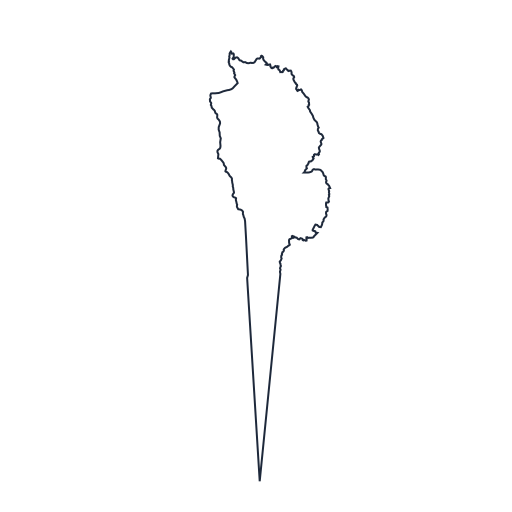 Runyenjes, Eastern, Kenya (orthographic projection), rotated 226°
{"feature_id": "3690345B92144089270932", "entity_name": "Runyenjes", "entity_type": "district", "adm_level": 2, "iso_a3": "KEN", "parent_name": "Kenya", "parent_adm1": "Eastern", "projection": "orthographic", "projection_center": [37.591, -0.339], "detail": "fine", "context": "isolated", "style": "outline", "palette": "slate", "viewbox_px": 512, "rotation_deg": 226, "n_neighbors": 0, "source": "geoboundaries", "source_scale": "gbopen_adm2", "svg_char_len": 6165}
<svg xmlns="http://www.w3.org/2000/svg" viewBox="0 0 512 512"><g transform="rotate(226 256 256)"><path d="M327.9,399.3L329.7,400.8L330.4,400.8L330.9,401.1L331.9,402.8L332.9,403.2L334.4,403.2L335.0,402.7L336.7,402.6L339.7,403.1L341.9,403.2L342.7,403.7L343.7,404.1L344.6,404.1L344.9,403.0L345.4,402.2L346.0,402.0L345.7,401.4L345.8,400.6L346.5,400.5L347.2,400.8L348.3,400.9L348.9,401.6L349.3,402.7L349.7,403.1L349.9,404.0L350.7,404.5L352.0,404.3L352.7,404.7L353.5,404.5L356.1,405.2L356.9,405.5L357.5,405.9L357.9,406.4L357.9,407.0L358.1,407.7L358.8,408.1L359.6,408.2L360.3,407.9L361.7,407.9L362.4,408.1L362.9,408.8L364.2,409.6L365.2,409.8L365.9,409.1L366.3,408.0L367.2,407.7L367.9,408.0L368.6,407.7L370.3,407.8L370.8,406.5L370.9,405.7L370.4,405.4L370.2,404.7L370.4,404.0L369.8,403.0L370.1,402.4L370.9,401.9L371.4,401.2L372.4,401.7L373.3,402.0L374.6,401.7L375.3,402.1L376.0,402.7L376.8,403.9L377.4,403.5L377.0,402.9L377.4,402.1L378.3,402.4L379.0,402.2L379.3,401.3L379.2,399.4L379.8,399.1L379.8,398.1L380.4,397.7L382.3,398.0L382.9,398.6L384.0,399.2L384.9,398.1L385.0,397.4L385.9,396.6L386.9,396.0L387.0,397.6L387.8,397.8L389.7,397.5L392.0,397.7L393.0,398.2L393.9,399.2L395.4,399.4L396.2,399.1L396.3,398.4L395.5,398.0L395.6,397.1L395.5,395.7L396.1,395.2L397.1,394.2L397.3,393.3L396.4,389.6L396.7,388.3L397.8,387.0L398.6,386.6L399.3,385.5L399.6,384.9L400.2,384.2L401.5,383.3L402.7,383.1L403.4,382.4L404.1,381.5L407.2,380.9L407.8,380.3L408.8,380.2L410.3,380.6L411.2,380.6L412.0,380.4L412.4,379.9L412.8,379.3L412.9,378.5L412.9,376.8L413.4,376.2L414.2,376.2L414.6,377.8L414.8,378.4L416.6,380.2L417.4,380.4L418.3,379.2L419.1,379.5L419.8,379.9L420.6,380.0L420.4,378.9L420.0,377.7L419.0,376.8L418.0,375.2L417.2,374.8L415.7,372.4L414.8,371.8L414.6,371.1L413.9,370.7L413.2,370.6L412.6,370.0L411.2,369.4L409.4,369.4L408.6,369.9L406.6,369.8L405.4,369.6L404.8,368.5L403.8,368.2L403.0,367.9L402.7,367.2L400.6,366.7L400.1,365.3L399.7,364.7L398.9,364.5L396.5,364.3L395.8,363.9L395.0,363.8L393.1,362.9L393.0,358.6L392.8,355.8L393.1,354.2L394.1,352.0L395.2,350.5L397.3,346.7L398.1,344.7L399.1,342.5L401.5,339.5L403.5,337.4L404.1,336.5L403.4,334.9L402.8,334.4L401.4,333.6L401.0,333.0L401.0,332.2L400.5,331.4L399.6,330.8L399.1,330.3L397.3,330.1L396.7,329.6L396.4,328.9L396.0,328.4L394.9,328.2L393.4,327.2L391.9,327.2L391.2,327.1L390.3,327.3L389.2,327.2L387.2,326.2L386.4,326.2L385.5,326.5L384.4,326.2L382.7,324.3L381.6,323.8L380.0,323.9L378.0,323.5L377.4,323.2L376.3,322.2L374.6,318.7L373.4,317.5L372.8,316.9L370.2,315.7L367.6,313.4L365.1,312.4L362.8,309.3L359.8,306.9L358.7,305.5L358.4,304.5L358.7,302.4L358.4,301.3L357.8,300.7L357.2,300.3L355.4,299.7L352.7,296.5L351.9,296.8L351.1,297.6L350.3,297.7L348.9,297.7L345.8,297.4L345.0,297.1L343.8,296.2L340.8,296.0L340.1,295.7L339.6,295.3L338.6,293.4L338.1,292.8L337.4,292.9L336.6,293.4L335.5,293.5L333.8,293.3L332.3,292.8L331.5,292.7L329.7,292.8L328.5,292.5L327.8,291.9L327.3,291.3L326.7,291.0L325.3,289.9L323.1,288.6L322.2,287.6L321.1,287.1L320.4,286.6L319.9,286.1L317.4,284.6L316.8,284.1L316.6,282.8L316.4,282.0L315.7,281.0L315.0,280.8L314.0,280.8L313.2,281.1L312.2,281.7L311.4,281.8L310.3,280.4L308.3,279.3L307.1,278.5L306.0,278.1L305.2,276.9L304.5,276.4L302.0,275.7L300.1,277.1L299.2,277.4L298.1,277.6L296.7,277.3L296.1,276.5L295.1,275.6L294.4,275.4L292.7,274.4L290.8,273.8L288.6,272.3L276.4,261.8L247.9,237.0L246.4,234.4L91.4,102.2L226.2,261.1L227.5,261.9L228.3,262.6L228.6,263.4L229.3,264.3L230.3,264.6L230.9,265.4L231.5,267.0L232.5,267.4L233.6,268.3L234.4,268.4L235.5,269.2L235.6,270.8L236.4,272.7L237.3,273.0L238.5,274.2L238.7,274.9L238.8,275.6L239.5,276.0L239.8,276.7L240.4,277.5L240.2,278.4L240.3,279.2L240.8,280.1L241.4,280.4L241.6,281.0L241.7,282.6L241.5,283.4L241.2,284.0L241.0,284.8L240.9,286.7L240.6,287.3L240.6,288.1L242.4,288.9L244.5,290.8L244.8,291.8L244.3,292.9L244.0,294.1L244.0,295.0L244.7,295.1L245.3,295.5L245.2,296.1L243.5,296.9L242.9,296.1L242.5,297.1L241.8,297.3L241.0,298.0L239.1,298.0L238.4,298.3L237.8,298.8L238.0,299.7L237.9,300.4L236.4,301.2L235.4,301.2L235.0,300.7L234.3,300.9L234.1,301.7L233.3,302.1L232.4,302.4L232.0,303.1L233.1,304.3L233.9,304.6L234.4,305.3L233.8,306.0L233.2,305.8L232.5,306.4L232.0,307.2L231.1,308.0L229.8,309.6L229.6,310.5L229.9,311.2L230.0,316.2L231.5,315.2L232.6,315.8L233.3,315.5L234.1,314.8L235.0,314.5L235.5,315.0L237.0,319.3L237.3,320.6L235.8,321.6L235.0,321.5L233.9,321.7L233.0,321.6L231.7,322.7L232.6,325.1L233.3,326.2L233.8,326.6L234.1,327.3L234.1,328.5L234.6,329.3L235.4,330.0L235.9,332.1L235.7,333.8L236.0,334.6L236.6,335.3L237.7,335.7L238.9,336.9L239.0,337.5L238.7,338.7L239.5,339.7L241.2,341.1L242.5,340.6L242.9,341.1L243.7,341.5L245.2,342.9L245.7,343.7L245.1,344.4L244.5,344.8L244.3,345.5L244.6,346.4L245.2,346.6L245.8,346.9L247.2,348.1L248.2,350.3L249.4,350.9L249.6,351.8L250.9,352.5L251.4,352.9L251.8,353.7L253.5,354.4L254.0,354.9L254.0,355.6L253.4,356.5L255.9,357.4L256.7,357.3L257.9,357.5L258.9,357.1L259.9,357.3L260.6,357.8L260.8,358.5L261.3,359.2L262.6,359.5L263.5,360.3L264.2,361.1L265.1,361.3L265.9,360.8L267.0,360.8L268.7,361.7L270.0,362.2L272.9,362.2L273.6,361.9L275.1,360.8L275.9,360.0L276.6,359.1L277.3,358.5L277.9,358.3L278.5,357.6L278.6,356.4L278.3,355.8L278.1,354.9L278.4,353.9L279.0,352.7L279.4,352.0L280.3,351.0L282.7,348.5L282.7,349.2L283.6,351.0L283.7,353.5L284.8,353.9L285.8,354.9L285.7,356.5L286.0,357.1L286.1,358.0L286.8,358.9L287.0,359.8L286.5,360.5L285.9,361.1L285.9,362.1L285.6,362.9L286.1,365.1L287.2,365.2L287.9,365.7L287.4,366.3L287.5,367.1L288.5,368.0L288.4,369.0L287.2,369.8L286.7,370.2L286.4,371.0L285.3,371.1L285.4,372.0L286.2,372.4L286.7,373.0L286.6,373.7L286.9,374.5L287.8,375.2L288.7,375.5L290.2,376.4L290.5,377.1L290.8,380.4L291.3,381.0L292.0,381.3L293.4,382.0L293.9,382.9L293.7,383.8L294.2,384.5L294.2,385.2L294.0,385.8L294.0,386.5L296.2,387.5L298.2,387.7L299.0,387.1L300.7,386.7L301.6,387.1L302.1,387.5L302.8,387.5L303.5,387.8L304.4,388.8L304.8,390.3L306.1,390.6L306.9,391.1L307.7,391.4L308.3,391.9L309.0,392.3L310.0,392.7L313.4,392.6L315.8,393.4L317.1,394.2L319.4,394.8L322.4,395.3L323.0,395.8L323.6,396.1L326.3,396.5L327.4,396.8L327.3,397.5L327.5,398.3L328.0,398.6L327.9,399.3Z" fill="none" stroke="#1e293b" stroke-width="2"/></g></svg>